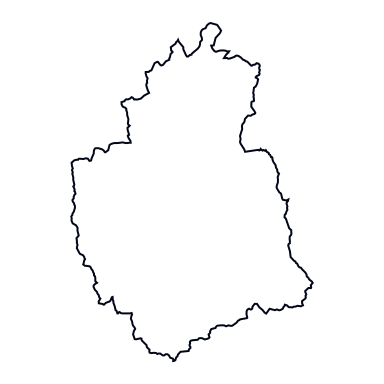 Lauricocha, Huánuco, Peru
{"feature_id": "86281439B71968127202284", "entity_name": "Lauricocha", "entity_type": "district", "adm_level": 2, "iso_a3": "PER", "parent_name": "Peru", "parent_adm1": "Huánuco", "projection": "orthographic", "projection_center": [-76.689, -10.174], "detail": "fine", "context": "isolated", "style": "outline", "palette": "ink", "viewbox_px": 384, "rotation_deg": 0, "n_neighbors": 0, "source": "geoboundaries", "source_scale": "gbopen_adm2", "svg_char_len": 5914}
<svg xmlns="http://www.w3.org/2000/svg" viewBox="0 0 384 384"><path d="M288.3,199.5L286.4,200.5L282.8,199.7L282.1,198.2L281.2,194.1L280.5,193.1L279.4,192.5L276.9,188.3L276.6,187.3L276.8,185.6L277.8,182.7L278.0,180.1L277.7,177.1L279.0,173.5L278.1,172.9L277.3,171.3L277.2,169.6L275.9,167.4L275.7,165.4L273.3,161.8L272.5,159.6L272.4,157.6L271.9,157.1L271.3,157.3L271.0,157.1L270.2,155.0L269.0,154.3L268.8,153.1L267.9,152.4L267.1,152.2L265.8,150.1L265.1,150.8L263.4,150.0L262.5,150.6L260.7,149.0L260.5,149.9L259.5,150.4L259.0,150.0L258.7,150.2L258.4,149.9L257.1,150.0L245.1,151.8L244.2,149.3L240.5,143.5L240.0,142.0L240.6,139.0L240.0,136.0L242.2,129.1L241.9,126.1L242.5,124.1L243.5,123.2L244.5,121.6L244.9,119.0L248.0,115.6L250.9,115.7L252.5,114.5L254.1,114.1L255.2,113.4L255.3,112.9L254.7,111.6L251.3,106.7L251.4,102.2L252.2,101.5L253.7,101.2L254.0,100.7L253.8,97.9L253.5,97.2L253.8,94.8L253.2,93.2L254.0,87.6L255.7,86.5L257.2,83.6L258.1,79.3L256.9,78.1L255.7,77.6L255.7,77.1L256.7,76.1L259.2,74.9L259.6,73.5L259.1,72.4L259.9,69.9L259.2,68.9L259.2,67.6L259.8,65.8L259.5,64.9L258.6,63.7L256.5,63.2L255.4,64.4L253.0,64.9L252.2,65.6L251.1,65.6L247.4,61.7L245.7,61.2L244.5,60.1L243.1,59.8L241.0,57.6L238.6,56.0L237.2,55.6L235.6,55.8L234.6,56.8L230.0,58.5L228.1,58.7L227.1,58.0L224.0,58.1L226.0,54.8L228.4,52.5L229.1,51.3L226.9,51.4L225.8,50.7L223.1,50.4L219.5,50.6L216.0,51.8L214.4,51.1L212.3,48.4L211.2,45.6L213.7,45.4L215.6,37.9L220.0,33.1L221.1,30.6L217.5,25.3L216.9,24.8L210.4,23.0L208.9,23.7L206.9,25.4L205.6,28.2L203.1,29.1L201.9,30.0L200.8,32.2L200.7,35.1L201.8,37.7L202.0,39.4L201.8,40.3L200.2,41.8L199.9,45.0L199.3,46.7L197.6,48.8L191.8,53.7L191.5,54.7L189.9,55.0L188.1,56.5L186.9,56.5L186.1,55.4L183.8,50.4L183.3,49.1L183.3,47.2L178.7,41.6L178.1,39.8L177.2,41.3L176.2,42.0L175.5,43.7L170.8,47.2L171.2,50.6L172.3,51.4L172.6,52.1L170.6,54.0L169.9,57.4L169.2,58.4L169.3,59.8L166.0,61.2L163.0,64.9L161.2,65.5L160.0,64.6L158.0,61.9L157.3,61.8L155.1,62.9L154.5,63.4L151.4,70.4L150.0,70.8L148.7,71.9L145.7,72.0L145.6,73.2L146.5,76.5L147.6,78.3L146.9,80.9L147.2,82.8L146.4,83.9L146.3,85.5L147.7,90.1L149.1,92.9L144.1,95.6L141.0,98.5L139.9,98.9L136.9,99.6L135.4,99.3L134.3,99.6L132.8,97.7L131.5,97.2L130.0,98.6L127.9,99.4L126.1,99.3L125.0,100.2L124.5,101.2L121.5,102.1L121.6,104.5L122.8,106.7L125.4,107.8L126.4,109.0L126.2,110.0L127.1,112.5L127.2,115.3L128.4,119.1L127.9,123.6L128.2,124.5L129.7,125.7L127.5,127.8L127.7,130.1L129.1,134.8L127.8,135.6L127.8,136.0L128.7,138.3L130.4,140.8L130.7,142.7L125.8,143.1L122.6,142.4L118.3,143.0L113.9,143.1L111.0,144.0L109.5,145.1L108.2,150.2L105.4,152.3L104.8,152.2L103.7,150.5L102.0,149.3L98.4,148.2L95.7,148.2L95.0,148.5L94.3,149.6L93.9,150.8L93.7,153.6L91.6,158.4L91.1,160.5L89.4,160.9L87.9,158.7L85.8,158.3L83.4,159.0L79.1,158.7L78.6,158.9L78.0,159.8L76.9,159.7L74.3,160.3L71.6,162.7L72.0,166.1L72.8,168.4L72.0,170.0L72.8,172.5L72.3,173.6L73.3,177.5L73.2,179.6L74.3,184.5L74.1,185.8L73.3,186.4L74.6,189.3L74.4,191.2L74.9,191.5L75.5,193.8L74.4,194.9L73.7,196.8L73.7,198.4L72.4,200.1L72.9,201.8L74.1,203.2L74.1,204.1L75.0,206.1L74.8,208.3L73.7,211.9L72.5,213.6L72.4,214.9L71.3,216.4L71.7,218.7L71.5,220.6L72.7,223.4L76.0,225.3L77.5,227.5L77.5,230.8L78.7,235.5L76.5,238.2L77.0,241.7L76.8,242.6L77.5,244.8L76.8,248.1L79.8,253.8L83.0,255.2L84.2,256.9L84.4,258.1L85.1,259.1L84.0,260.9L83.8,262.9L83.2,264.4L84.7,265.7L88.5,266.1L90.3,266.7L91.6,269.4L92.5,270.2L93.3,272.6L94.0,273.5L94.0,275.4L94.9,276.2L95.3,277.8L95.3,281.2L97.0,282.8L95.0,284.0L93.9,285.2L93.6,285.6L93.6,287.0L94.9,289.8L97.1,292.1L97.4,293.5L98.7,295.1L99.3,297.5L100.4,298.6L98.7,301.3L98.8,303.3L102.1,303.9L103.0,304.1L103.5,304.7L104.0,304.7L105.9,302.8L109.5,301.5L110.4,300.7L111.8,297.3L112.6,297.0L112.7,299.7L113.3,300.8L113.4,302.7L114.9,306.9L115.5,310.0L116.5,310.7L117.4,313.4L118.2,313.3L119.0,312.2L119.6,312.0L120.7,313.0L122.3,313.4L130.1,313.4L131.6,313.0L132.1,314.5L131.4,315.9L130.9,318.8L132.1,321.5L132.5,324.1L133.1,325.6L134.6,327.6L135.2,328.9L133.9,330.9L133.1,334.4L134.7,339.1L136.1,339.3L140.5,338.3L141.5,338.6L141.5,339.7L142.1,340.8L146.5,345.1L146.9,347.2L149.5,349.7L149.3,351.7L149.7,352.7L151.4,353.1L153.9,352.8L156.0,353.0L157.3,354.0L158.6,353.5L160.1,353.5L162.8,355.4L164.0,355.5L165.8,354.2L167.5,354.3L168.9,355.3L170.2,357.7L172.8,358.6L173.4,359.5L173.2,361.0L174.1,360.9L175.3,360.2L176.2,357.4L177.4,356.4L178.0,354.5L180.5,351.8L188.6,351.0L189.0,349.3L190.4,348.0L190.4,346.8L189.7,346.0L189.5,345.0L190.1,343.5L189.9,341.9L190.8,340.7L192.9,340.2L197.7,339.8L198.9,338.4L199.9,338.1L202.2,338.2L204.8,339.5L207.9,338.6L209.0,338.0L209.5,337.3L208.6,334.4L210.2,332.8L210.1,331.2L211.4,329.0L215.5,328.0L215.9,327.0L216.8,326.0L217.8,325.6L221.8,325.3L224.2,325.4L226.1,326.3L228.6,325.3L230.5,325.9L232.3,325.7L236.5,322.7L238.1,320.6L239.4,320.1L240.0,319.4L247.0,318.1L247.3,317.7L246.5,314.3L246.6,311.5L247.0,310.2L248.0,309.2L249.1,308.7L250.6,309.5L251.5,309.4L252.2,308.6L252.5,306.8L253.3,305.6L254.7,303.9L257.0,303.9L259.4,307.4L262.5,309.9L264.6,312.6L266.2,313.6L269.6,308.8L275.1,310.2L276.7,309.4L279.1,310.3L280.5,310.0L282.6,308.9L283.6,306.8L284.5,306.0L284.9,304.7L287.2,305.5L288.7,307.1L292.5,307.4L293.6,306.7L295.6,306.6L297.5,305.8L300.7,306.3L303.0,305.3L302.1,303.2L302.0,301.2L305.4,298.5L305.8,297.5L305.5,295.9L306.3,294.3L305.3,292.2L305.2,291.0L308.4,288.0L310.9,288.1L311.2,287.4L310.8,285.2L312.7,282.9L311.9,281.6L309.2,279.4L308.2,277.6L306.8,276.5L306.5,274.5L305.4,272.6L302.0,269.2L301.1,267.8L299.6,267.4L298.8,266.7L298.2,265.9L297.2,263.6L295.9,262.9L295.4,261.5L293.9,260.7L290.6,257.0L289.9,251.1L288.2,245.5L288.6,244.1L289.8,243.3L289.9,241.3L289.6,238.6L289.8,236.4L290.9,235.2L291.4,233.9L291.2,230.1L289.2,228.3L285.9,218.7L284.5,217.3L284.8,214.6L285.7,214.0L286.4,211.6L287.4,209.8L287.0,207.9L287.4,206.4L286.5,203.5L286.8,202.5L288.0,200.9L288.3,199.5Z" fill="none" stroke="#020617" stroke-width="2"/></svg>